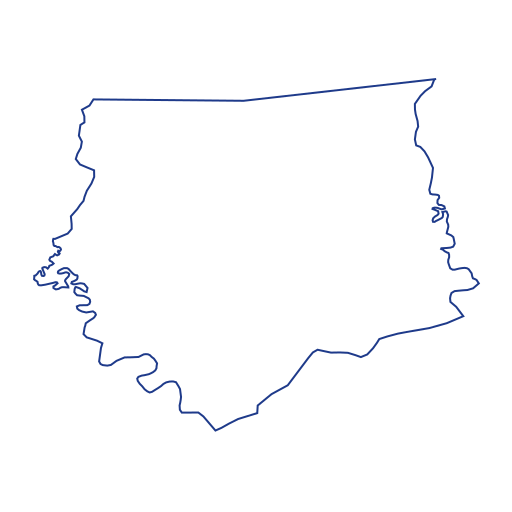 the district of Seberang Perai Tengah, Pulau Pinang, Malaysia, rotated 269°
{"feature_id": "92858781B39236522821869", "entity_name": "Seberang Perai Tengah", "entity_type": "district", "adm_level": 2, "iso_a3": "MYS", "parent_name": "Malaysia", "parent_adm1": "Pulau Pinang", "projection": "natural_earth1", "projection_center": [100.443, 5.364], "detail": "fine", "context": "isolated", "style": "outline", "palette": "blue", "viewbox_px": 512, "rotation_deg": 269, "n_neighbors": 0, "source": "geoboundaries", "source_scale": "gbopen_adm2", "svg_char_len": 4598}
<svg xmlns="http://www.w3.org/2000/svg" viewBox="0 0 512 512"><g transform="rotate(269 256 256)"><path d="M429.8,439.2L411.4,246.3L415.4,96.2L409.3,92.1L405.3,84.5L398.7,86.8L392.6,86.8L390.1,82.7L379.4,81.0L373.4,83.9L367.3,82.7L361.2,79.2L356.1,77.5L350.6,81.6L347.5,88.6L344.5,95.6L337.9,95.6L331.3,92.7L324.2,88.0L318.2,85.6L314.1,84.5L310.1,81.0L306.0,78.1L298.9,71.6L291.3,72.2L286.3,72.2L281.7,68.1L276.6,55.3L276.7,53.7L275.8,53.4L274.1,53.2L273.3,53.5L272.2,53.7L270.6,53.8L269.5,54.6L269.5,55.7L268.3,57.7L268.5,58.9L268.1,59.7L267.0,60.8L265.8,61.1L264.7,60.4L264.1,59.5L264.7,58.4L263.8,58.0L262.8,58.4L262.0,59.7L261.0,59.2L260.1,57.2L260.6,56.2L261.5,55.0L260.4,54.1L259.3,53.4L258.7,51.7L258.2,50.3L255.9,49.3L254.8,49.9L253.8,51.8L252.0,53.5L251.0,52.3L250.5,51.2L249.8,49.2L248.6,48.8L247.0,47.5L247.6,46.8L248.4,45.8L248.6,44.0L248.2,43.0L248.0,42.3L247.2,42.1L245.7,42.7L243.5,43.6L241.5,44.4L240.2,44.1L239.7,43.3L239.9,41.7L241.0,41.1L242.4,40.9L243.8,40.7L244.7,40.2L244.6,39.2L243.9,38.3L242.3,37.3L240.4,35.3L240.1,34.0L238.1,33.9L236.6,33.7L235.7,34.6L235.0,35.8L234.0,37.1L232.5,37.3L231.3,37.8L230.6,38.6L230.4,40.5L231.0,44.8L232.7,52.8L233.3,54.9L233.2,56.4L232.2,57.1L230.2,54.8L229.1,52.9L227.6,52.9L226.9,53.9L226.1,55.3L226.3,56.6L226.6,58.2L227.6,59.7L228.2,61.5L228.2,63.1L227.8,67.8L229.0,67.7L230.1,67.0L232.9,65.4L234.0,64.7L235.0,64.7L236.2,65.5L237.6,66.9L239.0,68.3L241.3,69.0L242.3,67.9L242.7,67.1L243.0,66.0L242.9,64.9L242.3,63.2L241.9,61.2L241.8,59.4L242.2,57.9L242.9,57.6L244.0,57.8L244.8,58.7L246.3,61.5L247.2,63.7L247.2,65.2L247.2,66.8L246.4,68.3L244.9,69.6L243.2,71.1L241.0,73.3L240.0,75.0L239.8,76.8L238.9,77.3L236.7,77.0L235.6,76.4L234.6,74.7L233.8,72.9L233.3,71.4L231.8,70.9L230.9,72.8L230.9,74.7L231.4,77.2L231.8,79.8L231.6,81.6L231.1,83.7L227.0,87.0L222.9,86.0L223.7,83.5L224.7,82.2L225.7,80.7L226.8,79.1L228.2,75.4L227.9,74.8L226.2,74.1L223.1,73.7L221.6,74.8L219.9,76.4L219.5,79.1L219.1,83.1L216.6,87.9L215.2,89.1L213.1,89.4L211.0,88.6L209.8,86.5L209.8,81.7L209.8,78.8L208.7,76.0L206.5,76.4L205.0,78.1L203.5,81.2L202.5,85.3L203.5,92.0L201.9,94.2L200.0,94.9L197.5,93.2L196.5,92.0L194.6,88.9L193.0,86.5L191.7,84.6L189.4,84.1L187.6,83.4L180.9,82.2L177.6,85.3L176.4,88.9L174.1,95.6L171.4,100.9L166.8,99.4L153.3,97.3L150.7,98.7L149.6,100.9L149.0,105.4L149.6,109.0L153.6,114.7L156.9,122.9L156.9,126.0L156.9,129.6L157.1,136.8L159.6,142.0L159.8,144.2L159.6,146.3L158.7,148.2L156.9,149.9L155.2,152.1L152.9,153.7L150.4,155.2L147.7,154.7L145.5,154.5L143.4,153.3L141.7,151.1L140.5,148.7L139.7,146.8L138.8,142.5L138.4,139.6L137.2,136.3L135.5,135.1L133.2,135.6L130.3,137.5L127.8,139.9L124.7,142.3L122.6,144.9L121.4,147.3L122.0,149.7L123.9,152.8L125.6,155.7L127.6,158.8L129.7,161.2L131.2,164.0L132.0,167.6L132.0,171.0L131.2,173.8L127.2,176.2L124.3,177.7L116.4,178.6L113.5,178.2L110.8,177.7L107.9,177.0L103.6,177.2L100.7,179.1L100.5,195.6L96.5,200.6L82.2,212.4L84.7,218.3L88.8,225.9L93.3,235.2L98.9,254.5L106.5,255.1L117.6,269.1L126.2,285.5L153.1,306.5L158.6,311.2L161.2,315.9L159.7,322.3L158.1,329.3L158.1,338.1L157.6,346.2L155.1,353.8L153.1,359.1L155.6,365.5L161.7,371.4L167.2,375.5L170.8,377.8L173.3,386.0L175.9,396.5L177.4,405.3L180.9,428.0L185.5,445.6L192.2,462.2L201.7,455.3L206.7,449.6L210.4,449.3L212.9,449.8L215.6,450.8L217.4,453.9L217.7,457.2L218.1,462.5L218.3,466.8L219.9,472.5L224.7,478.3L226.6,477.1L228.2,476.1L229.1,474.5L229.9,472.5L232.0,471.8L234.9,471.3L239.1,468.4L240.1,466.7L240.5,464.4L240.3,461.7L239.9,458.9L238.9,454.6L238.9,452.3L240.3,450.0L242.3,449.3L244.7,448.5L246.5,448.0L248.9,448.2L251.4,449.1L253.9,449.1L255.7,448.5L256.2,447.0L257.5,444.7L259.0,443.1L259.8,441.2L260.5,441.5L260.7,447.1L261.0,450.6L261.9,453.3L264.8,454.9L269.7,454.0L271.5,453.6L273.2,451.6L275.3,447.1L276.5,447.3L281.8,448.8L284.0,448.7L287.1,447.4L289.4,447.6L291.9,448.5L293.6,448.8L295.5,448.0L297.1,447.4L297.4,446.5L296.7,443.1L294.7,443.8L293.1,443.6L291.8,443.4L290.7,442.4L289.4,439.8L288.6,438.2L287.9,436.6L287.0,435.2L287.1,433.6L288.7,433.2L290.6,433.8L292.3,435.6L293.8,438.2L295.1,439.3L297.6,438.9L299.2,435.3L299.9,433.3L300.7,433.5L301.2,435.0L301.2,436.7L300.9,438.5L300.0,440.7L299.4,442.5L300.2,445.7L302.3,445.2L303.7,442.4L303.9,439.7L305.8,438.3L308.7,438.5L311.0,440.2L313.1,440.0L313.9,438.8L314.3,436.2L314.5,433.5L315.2,431.4L319.2,430.4L325.8,432.1L331.3,433.3L341.0,434.5L351.6,429.8L357.7,426.3L362.2,422.2L363.8,418.1L369.8,416.9L377.4,418.1L382.5,420.4L388.1,419.9L395.2,418.1L399.7,417.5L405.3,417.5L413.4,423.4L417.9,428.0L422.5,434.5L429.6,437.4L429.8,439.2Z" fill="none" stroke="#1e3a8a" stroke-width="2"/></g></svg>